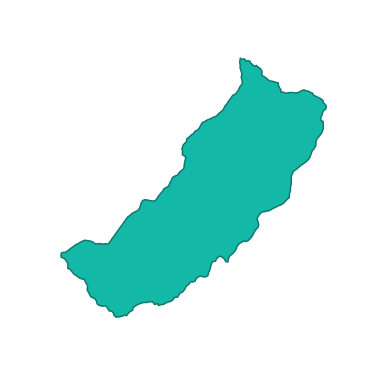 Presidente Venceslau, São Paulo, Brazil, rotated 19°
{"feature_id": "56859067B64322742628488", "entity_name": "Presidente Venceslau", "entity_type": "district", "adm_level": 2, "iso_a3": "BRA", "parent_name": "Brazil", "parent_adm1": "São Paulo", "projection": "orthographic", "projection_center": [-51.844, -21.792], "detail": "fine", "context": "isolated", "style": "filled", "palette": "teal", "viewbox_px": 384, "rotation_deg": 19, "n_neighbors": 0, "source": "geoboundaries", "source_scale": "gbopen_adm2", "svg_char_len": 3842}
<svg xmlns="http://www.w3.org/2000/svg" viewBox="0 0 384 384"><g transform="rotate(19 192 192)"><path d="M93.3,296.6L95.6,298.1L98.1,300.2L98.8,302.4L99.4,304.7L101.6,304.6L104.4,306.4L107.4,308.2L111.3,309.1L113.9,310.1L116.3,310.0L118.7,309.7L120.3,311.7L121.8,313.0L123.6,314.1L124.1,316.0L124.8,318.8L127.0,320.7L128.9,322.6L130.6,324.2L132.8,324.3L134.7,324.4L137.0,326.1L138.7,328.6L140.5,329.3L143.5,329.4L145.8,328.6L147.6,327.7L150.0,329.4L152.4,331.4L155.0,330.9L156.8,331.7L158.6,334.2L161.0,335.0L163.2,334.1L165.4,332.8L167.4,331.4L168.6,330.0L170.4,330.3L171.0,328.3L171.7,326.3L172.8,324.9L174.4,323.1L174.0,321.0L175.0,318.9L176.4,317.1L178.5,315.0L181.3,312.8L183.3,311.8L185.3,311.2L187.8,309.5L190.4,308.6L193.1,310.5L195.9,308.8L197.3,310.2L199.3,308.6L201.9,307.3L203.1,305.7L204.8,304.3L207.7,302.0L209.0,300.3L209.7,297.5L212.7,296.0L213.4,292.0L215.8,289.4L217.0,285.7L217.1,283.4L219.2,280.0L219.9,277.2L221.9,276.9L223.8,275.5L224.2,273.0L224.9,271.1L226.9,268.8L230.4,268.5L232.6,267.8L234.2,266.1L233.9,262.7L234.3,260.1L233.8,255.3L233.9,251.4L236.7,249.7L237.1,246.6L238.8,243.7L241.5,243.6L244.5,244.9L246.6,246.8L248.7,246.5L248.1,242.6L248.6,240.0L250.2,237.6L251.7,234.4L252.3,231.9L252.3,229.1L252.8,227.1L253.8,225.0L255.2,223.4L257.2,221.3L259.0,221.3L260.9,219.8L262.5,216.7L263.5,213.0L263.9,210.1L264.4,207.5L265.2,205.5L266.0,203.4L265.7,201.2L264.6,199.2L263.1,197.5L262.1,195.4L262.7,193.4L263.1,191.4L263.8,189.5L265.2,187.9L268.1,186.3L271.3,184.3L273.1,182.1L274.8,180.3L276.4,178.8L278.2,176.8L280.2,175.4L282.3,172.6L284.1,168.5L285.8,165.6L284.7,162.1L284.7,158.5L283.6,155.8L283.4,153.3L282.9,150.9L281.9,148.2L280.7,144.9L281.0,141.9L281.0,139.8L282.1,138.1L283.8,135.9L285.1,133.5L286.5,131.1L287.9,129.3L289.2,127.5L290.7,125.0L291.7,122.8L292.2,120.3L292.2,117.2L292.2,114.6L293.3,111.1L294.0,108.4L293.5,106.0L292.7,103.5L293.0,100.7L293.8,98.5L294.7,96.4L295.4,93.7L295.6,91.1L295.4,88.7L294.1,85.6L293.1,82.7L290.6,82.3L289.6,80.2L289.8,77.2L289.6,74.4L290.0,72.1L291.5,70.0L291.2,67.4L289.5,65.8L287.4,65.1L286.1,62.8L283.0,61.8L279.7,61.4L277.9,61.1L275.7,61.1L273.5,59.2L271.4,59.3L268.7,58.7L267.0,59.3L264.9,58.9L262.7,60.4L260.4,63.1L257.8,64.6L254.8,65.2L251.8,66.2L250.0,67.2L248.0,68.2L245.5,67.8L243.7,68.8L242.8,66.5L240.8,64.9L239.3,63.4L238.0,60.8L234.5,61.1L232.1,61.1L229.0,61.7L226.9,60.9L225.1,60.1L222.7,59.4L220.3,59.2L219.6,57.4L218.9,55.0L216.6,53.1L213.8,52.4L211.7,51.4L210.1,52.7L207.7,51.9L205.8,51.0L204.4,49.6L201.9,49.6L200.3,50.9L198.3,49.0L196.4,50.2L194.2,49.8L194.7,53.5L196.2,56.2L197.1,59.0L198.3,60.7L200.3,63.3L201.0,65.2L201.1,67.4L202.6,69.3L203.5,71.2L204.3,72.9L203.1,76.8L202.7,80.1L202.2,82.3L201.2,85.2L199.0,87.4L198.4,89.8L197.6,92.4L196.9,94.6L196.4,97.1L195.1,100.1L194.9,102.6L194.4,104.8L192.7,107.6L191.5,109.5L190.7,111.8L189.3,113.3L187.7,114.4L185.9,116.5L182.4,119.5L181.2,121.2L179.1,123.1L178.7,125.0L178.4,127.2L178.0,129.5L177.2,131.3L174.9,133.9L174.3,136.4L172.9,138.0L171.9,140.2L169.8,143.4L170.4,145.8L168.4,150.4L168.4,154.3L169.7,156.4L170.8,160.0L173.1,160.4L174.9,161.3L175.2,164.6L175.4,166.9L176.1,169.7L176.6,172.7L175.2,174.9L173.7,177.4L172.9,180.7L170.1,183.0L168.8,184.8L168.7,188.2L168.1,190.0L168.1,192.6L167.5,194.7L166.2,196.1L164.4,198.1L164.0,200.8L162.4,204.6L161.3,208.0L160.8,210.6L159.8,212.3L157.5,213.5L155.0,213.9L152.2,214.1L149.7,214.8L148.3,216.0L147.5,219.1L147.8,223.4L147.1,226.7L144.0,229.9L142.1,232.1L140.7,234.7L139.4,236.4L129.7,268.7L127.4,268.9L124.1,270.5L121.3,270.8L119.3,271.9L117.3,272.4L113.9,271.4L110.9,271.6L108.6,272.1L106.1,272.6L104.3,274.4L102.7,275.8L101.7,277.5L100.2,278.7L98.7,280.4L97.6,282.2L96.0,284.3L94.6,286.6L93.1,288.6L92.0,290.2L90.0,291.0L88.4,292.1L88.7,294.5L89.6,296.3L91.4,296.3L93.3,296.6Z" fill="#14b8a6" stroke="#0f766e" stroke-width="1.5"/></g></svg>